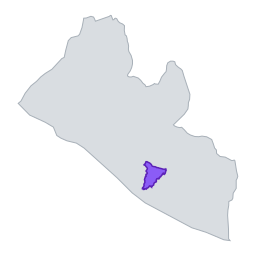 location of Kulu Shaw Boe, Sinoe, Liberia
{"feature_id": "62588387B37465422358714", "entity_name": "Kulu Shaw Boe", "entity_type": "district", "adm_level": 2, "iso_a3": "LBR", "parent_name": "Liberia", "parent_adm1": "Sinoe", "projection": "mercator", "projection_center": [-9.008, 5.564], "detail": "fine", "context": "in_parent", "style": "filled", "palette": "violet", "viewbox_px": 256, "rotation_deg": 0, "n_neighbors": 0, "source": "geoboundaries", "source_scale": "gbopen_adm2", "svg_char_len": 4882}
<svg xmlns="http://www.w3.org/2000/svg" viewBox="0 0 256 256"><path d="M18.2,103.4L21.0,101.0L25.2,93.2L31.0,85.8L36.5,81.4L40.8,76.9L45.3,73.4L51.9,69.3L61.8,58.6L64.2,57.4L65.8,50.0L68.3,40.6L71.2,37.6L78.0,35.9L79.6,34.3L82.0,27.6L83.5,19.9L83.7,18.2L86.3,18.0L90.9,16.3L93.6,17.1L94.7,19.3L95.4,21.2L109.2,16.4L110.5,15.4L111.2,15.5L112.9,19.9L113.9,19.6L114.8,18.4L115.7,18.2L116.8,18.8L117.9,20.9L119.6,22.7L122.6,24.0L124.5,25.7L124.3,30.4L125.1,34.9L126.4,35.9L127.1,38.6L127.4,41.6L128.1,43.2L128.6,46.1L128.4,49.3L128.9,51.6L131.1,55.5L132.5,60.4L132.5,63.9L131.7,67.5L130.3,70.8L127.7,74.5L127.5,75.9L129.0,76.9L131.3,77.0L133.3,76.3L138.2,78.0L140.8,80.4L143.0,83.3L145.0,84.8L146.0,86.7L149.5,86.2L153.5,84.4L154.3,83.5L155.5,84.0L158.2,84.2L160.0,80.9L161.5,77.2L164.6,73.2L166.1,71.6L166.5,69.0L166.7,65.7L167.8,62.8L170.4,61.2L173.2,61.2L174.8,61.8L175.5,64.6L177.8,66.8L179.7,68.2L180.7,68.8L182.3,70.5L183.9,76.1L189.9,94.3L189.6,99.4L188.4,102.6L188.3,105.8L187.9,109.0L184.3,114.2L173.4,124.8L174.3,125.8L176.9,127.0L179.5,127.6L181.7,127.3L184.4,129.9L187.3,133.2L190.4,135.0L194.8,136.5L198.7,136.7L202.0,136.1L206.7,136.8L211.7,139.5L213.4,144.1L214.6,148.0L216.4,150.0L216.6,153.5L220.1,156.5L225.2,157.1L231.7,160.6L233.4,160.4L234.1,160.0L234.9,160.7L236.5,170.9L237.8,176.3L237.1,178.5L236.2,180.2L236.2,188.4L233.2,193.2L232.8,198.3L231.9,200.0L228.8,201.5L228.7,205.5L227.9,210.3L227.6,215.4L228.5,228.8L228.6,238.8L230.0,240.6L223.9,239.8L205.8,232.2L191.9,227.8L145.2,202.9L132.2,192.9L117.3,178.0L84.0,148.0L76.4,143.1L66.9,140.8L61.0,138.2L56.8,135.5L53.4,127.1L45.1,122.2L29.7,115.1L18.2,103.4Z" fill="#d9dde1" stroke="#a8b0b8" stroke-width="1"/><path d="M147.1,173.7L146.9,173.8L146.7,173.9L146.6,174.0L146.4,174.4L146.2,174.3L146.1,174.5L145.9,174.7L145.9,175.0L146.0,175.4L145.9,175.5L145.8,175.9L145.8,176.0L145.9,176.3L146.0,176.5L145.7,176.7L145.4,176.7L145.3,176.8L145.2,177.0L145.1,177.4L145.1,177.6L145.1,177.8L145.0,178.1L144.8,178.4L144.7,178.8L144.7,179.0L144.5,179.5L144.5,179.9L144.5,180.0L144.8,180.4L144.8,180.5L144.9,180.8L144.8,181.2L144.8,181.3L144.8,181.5L144.9,181.9L144.9,182.0L144.9,182.3L144.7,182.8L144.4,183.3L144.2,183.6L144.0,184.0L144.0,184.5L143.9,184.8L144.0,185.2L144.1,185.4L144.0,185.7L143.9,185.9L143.8,186.1L143.7,186.5L143.2,187.2L142.8,187.5L142.5,187.9L142.4,188.3L142.4,188.7L142.8,188.7L143.0,188.8L143.1,189.0L143.3,188.8L143.5,189.3L143.8,189.5L144.3,189.3L144.4,189.1L144.5,189.1L144.6,188.9L144.8,189.1L145.0,188.9L144.8,188.8L145.1,188.7L145.5,188.7L145.7,188.8L145.8,188.9L146.1,188.8L146.4,188.8L146.5,188.9L146.6,188.7L146.9,188.5L146.9,188.2L147.0,188.0L147.4,188.0L147.6,187.9L147.9,187.8L148.1,187.7L148.3,187.5L148.5,187.4L148.7,187.1L148.9,186.7L149.1,186.6L149.2,186.3L149.4,186.1L149.5,186.0L149.6,185.9L149.9,185.8L150.0,185.8L150.3,186.2L150.5,186.3L150.8,186.7L151.1,186.8L151.4,186.9L151.5,187.0L151.5,186.9L151.8,186.8L151.9,186.7L152.0,186.6L151.7,186.2L151.8,186.0L152.1,186.0L152.3,185.9L152.7,185.7L153.0,185.4L153.4,185.2L153.6,185.1L153.7,184.9L153.7,184.5L153.7,184.4L153.7,184.2L153.9,183.8L153.9,183.6L154.0,183.5L154.0,183.4L154.2,183.1L154.4,182.7L154.5,182.6L154.8,182.5L155.0,182.5L155.2,182.4L155.3,182.3L155.4,182.1L155.6,182.1L155.8,182.0L156.0,182.0L156.3,181.8L156.4,181.5L156.3,181.1L156.1,180.8L156.2,180.5L156.4,180.3L156.4,180.1L156.5,179.7L156.4,179.5L156.6,179.3L156.8,178.8L157.0,178.7L157.1,178.9L157.4,178.8L157.6,178.6L158.0,178.6L158.2,178.8L158.4,178.9L158.6,178.7L158.8,178.7L159.0,178.7L159.0,178.4L159.0,178.1L159.4,178.1L159.5,177.9L159.6,177.7L159.9,177.5L160.0,177.2L160.0,176.9L160.2,176.7L160.5,176.6L160.8,176.6L161.0,176.3L161.3,175.7L161.7,175.2L162.0,175.1L162.3,174.7L162.3,174.2L162.6,173.9L162.8,173.9L162.8,173.7L163.1,173.3L163.2,173.5L163.4,173.5L163.2,173.7L163.4,173.9L163.7,174.2L163.9,174.3L164.1,174.4L164.2,174.2L164.4,174.1L164.7,173.9L164.6,173.6L164.8,173.5L165.1,173.5L165.2,173.1L165.3,172.7L165.4,172.2L165.6,172.0L165.7,171.7L165.7,171.3L165.7,171.2L165.5,170.9L165.6,170.6L165.8,170.6L166.0,170.5L165.8,170.2L165.7,169.9L165.7,169.5L165.9,169.7L166.0,169.3L165.5,169.3L164.5,169.2L164.1,169.2L163.7,169.2L162.8,169.1L162.1,168.8L161.4,168.6L160.3,168.4L160.1,168.3L159.8,168.3L158.9,168.0L158.1,167.7L157.3,167.6L156.7,167.6L155.9,167.0L155.0,166.7L153.9,166.6L152.6,166.3L151.9,165.8L151.4,164.6L150.7,163.9L149.8,163.1L148.6,162.5L147.6,162.1L147.4,161.9L147.1,161.7L146.0,161.7L145.8,162.2L145.5,163.0L145.3,163.4L145.3,163.5L145.2,163.7L144.0,164.7L144.0,164.9L145.2,165.4L146.0,166.6L146.8,167.3L147.3,168.3L147.3,168.6L147.4,168.8L147.1,169.4L147.1,169.5L146.4,170.4L146.2,170.6L146.1,170.9L146.1,171.1L146.1,171.3L146.2,171.5L146.3,171.6L146.6,171.9L146.8,172.0L147.0,172.4L147.1,172.6L147.2,172.9L147.3,173.1L147.3,173.3L147.2,173.4L147.2,173.5L147.1,173.7Z" fill="#8b5cf6" stroke="#5b21b6" stroke-width="1.5"/></svg>